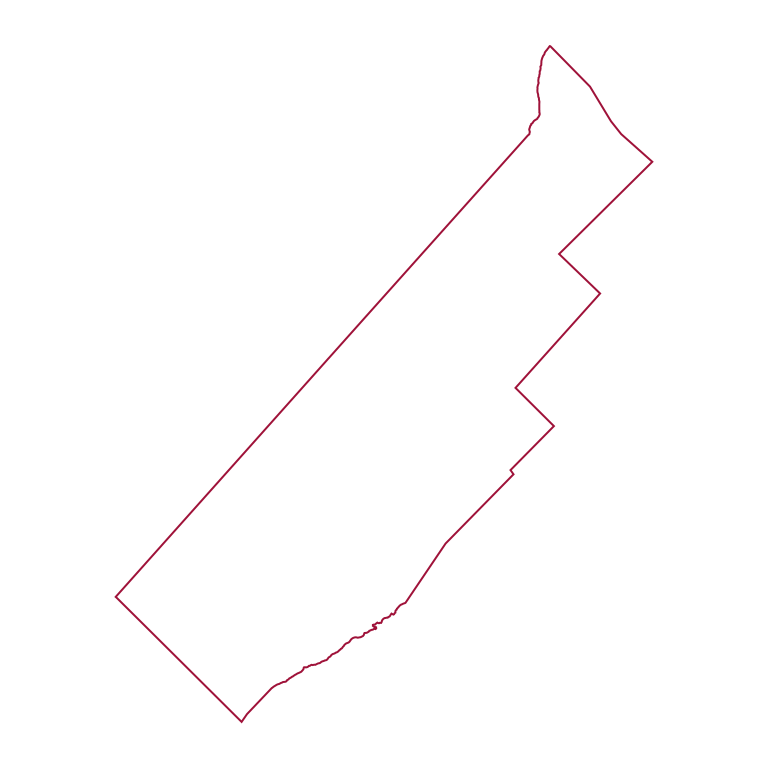 Colón, Buenos Aires, Argentina
{"feature_id": "61730980B58132582159451", "entity_name": "Colón", "entity_type": "district", "adm_level": 2, "iso_a3": "ARG", "parent_name": "Argentina", "parent_adm1": "Buenos Aires", "projection": "mercator", "projection_center": [-61.045, -33.853], "detail": "fine", "context": "isolated", "style": "outline", "palette": "rose", "viewbox_px": 768, "rotation_deg": 0, "n_neighbors": 0, "source": "geoboundaries", "source_scale": "gbopen_adm2", "svg_char_len": 3760}
<svg xmlns="http://www.w3.org/2000/svg" viewBox="0 0 768 768"><path d="M549.8,46.1L549.5,46.4L548.9,47.2L548.4,48.0L547.6,48.9L546.9,50.0L546.4,50.4L545.1,52.1L544.8,52.6L544.6,53.3L544.5,53.8L544.3,54.3L544.0,54.8L543.2,55.8L542.9,56.4L542.6,57.2L542.3,57.8L542.0,58.8L541.8,59.4L541.4,61.1L541.4,62.2L541.3,63.4L541.3,64.4L541.2,65.3L540.4,66.6L540.6,68.2L540.5,69.0L540.2,70.7L539.7,71.2L539.7,74.0L539.3,75.0L539.3,76.1L539.1,76.9L538.9,77.3L538.5,77.9L538.6,78.7L538.4,79.5L538.3,80.4L538.3,81.2L538.4,81.7L538.4,82.3L538.7,82.9L538.2,84.3L538.0,84.8L537.9,85.2L537.8,85.6L537.7,86.1L537.4,87.3L537.5,88.1L537.5,88.9L537.4,90.0L537.4,90.9L537.5,92.3L537.8,93.2L538.2,94.8L538.2,95.8L538.4,97.0L538.9,98.0L539.0,99.8L539.4,101.5L539.4,102.1L539.3,104.0L539.3,105.3L539.3,106.2L539.3,107.9L539.3,108.7L539.3,109.6L539.4,111.0L539.4,111.3L539.3,112.4L539.6,112.9L539.6,113.3L539.7,114.0L539.6,114.7L539.1,115.8L538.8,116.5L538.2,117.3L537.7,117.8L537.4,118.6L536.7,119.2L535.9,119.6L534.8,120.3L534.0,120.9L533.1,122.1L532.5,123.1L531.2,124.0L531.2,124.8L530.6,125.4L530.3,125.9L529.7,127.9L529.5,128.4L529.2,129.4L529.5,130.9L529.8,131.7L529.8,132.1L529.4,133.6L529.3,134.3L527.9,135.4L526.8,136.6L520.2,144.0L481.9,186.8L423.5,252.1L364.5,318.1L328.7,358.2L328.3,358.6L326.9,360.2L147.2,561.6L115.7,596.9L116.5,597.6L144.3,625.2L144.6,625.5L241.6,721.9L247.0,714.1L271.8,688.0L272.1,687.9L272.6,687.5L273.0,687.2L273.3,686.9L273.7,686.6L274.0,686.4L274.5,686.2L275.0,685.8L275.8,685.4L276.4,684.9L277.3,684.5L278.1,684.2L279.3,683.9L280.0,683.5L280.6,683.1L281.1,682.9L281.8,682.7L282.3,682.4L283.1,682.0L284.3,681.9L285.7,681.7L286.6,681.0L286.9,680.4L287.3,680.0L288.4,679.5L289.3,678.4L290.2,678.0L291.5,677.2L291.9,676.8L292.9,676.4L293.5,675.9L294.7,675.1L295.5,674.6L296.2,674.3L297.5,673.4L298.5,673.1L299.5,672.6L300.6,672.1L301.3,671.7L302.0,670.9L302.5,670.4L303.4,669.3L303.7,667.8L303.9,667.4L305.0,667.2L305.8,667.4L306.6,667.3L307.6,667.0L308.4,666.4L308.9,665.9L309.7,665.9L310.7,665.2L311.7,664.8L312.7,665.1L313.8,664.8L314.5,664.7L315.3,664.8L316.7,664.1L317.6,663.6L318.6,663.3L319.4,663.2L320.3,662.8L321.0,662.1L321.8,661.6L322.9,661.2L323.8,661.0L324.6,660.5L325.3,660.4L326.4,660.1L327.2,659.5L327.8,658.7L328.5,657.6L329.0,657.2L329.8,656.8L330.5,656.3L330.9,655.6L331.4,655.0L331.7,654.8L332.0,654.5L332.3,654.3L332.8,654.0L333.6,653.8L334.9,653.3L335.6,652.7L336.7,652.4L337.9,651.7L338.7,650.9L339.5,650.1L340.4,649.5L340.8,648.9L341.9,648.3L342.6,647.3L343.0,646.7L343.8,646.0L344.4,644.9L345.2,644.2L346.2,643.4L346.8,643.2L348.6,642.5L349.4,641.8L350.0,641.0L350.5,640.3L351.2,639.3L352.2,638.5L353.2,637.9L354.4,637.5L355.2,637.3L356.6,637.4L357.6,637.7L358.4,637.6L359.8,637.3L360.6,637.2L361.8,636.6L363.0,636.0L363.8,635.0L364.0,634.2L364.5,633.0L365.7,632.9L366.7,632.8L367.5,632.4L368.8,631.6L369.3,630.8L370.6,630.4L371.3,629.9L372.8,629.7L373.3,629.3L374.2,628.8L375.5,629.1L376.2,628.4L376.1,627.3L375.1,627.0L373.9,626.7L372.9,625.9L372.9,624.9L373.8,624.6L375.1,624.6L375.7,623.9L376.5,623.2L377.3,622.6L378.2,623.1L379.2,623.2L379.8,622.8L381.1,622.9L381.7,621.9L381.9,620.9L382.2,620.2L383.0,619.2L383.7,618.6L384.5,618.1L385.4,618.0L386.6,617.7L387.7,617.7L388.4,616.9L389.4,616.6L390.1,615.8L390.6,614.8L391.5,613.6L392.4,614.1L393.4,614.6L394.1,614.2L394.6,613.2L395.1,612.8L395.4,612.6L395.4,611.5L395.5,610.8L395.9,610.2L396.7,609.6L396.9,608.7L397.5,608.2L398.2,607.3L398.9,606.6L399.6,605.7L400.3,605.2L401.1,604.6L401.8,604.4L402.7,603.9L404.0,603.4L405.0,603.1L405.5,602.8L445.6,543.5L513.5,474.3L510.5,470.1L553.9,426.1L515.5,387.9L600.1,293.5L559.1,254.0L652.3,161.8L621.2,134.1L611.1,121.4L609.5,118.8L590.0,86.6L568.0,64.2L550.4,46.3L549.8,46.1Z" fill="none" stroke="#9f1239" stroke-width="2"/></svg>